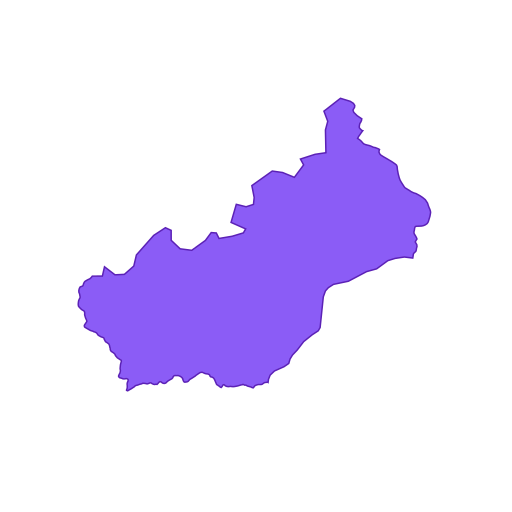 the district of Vayk, Vayots Dzor, Armenia, rotated 30°
{"feature_id": "60910142B90303504942673", "entity_name": "Vayk", "entity_type": "district", "adm_level": 2, "iso_a3": "ARM", "parent_name": "Armenia", "parent_adm1": "Vayots Dzor", "projection": "mercator", "projection_center": [45.554, 39.753], "detail": "fine", "context": "isolated", "style": "filled", "palette": "violet", "viewbox_px": 512, "rotation_deg": 30, "n_neighbors": 0, "source": "geoboundaries", "source_scale": "gbopen_adm2", "svg_char_len": 5375}
<svg xmlns="http://www.w3.org/2000/svg" viewBox="0 0 512 512"><g transform="rotate(30 256 256)"><path d="M250.3,77.2L249.1,80.1L243.4,94.2L242.4,96.6L250.8,103.5L253.1,112.1L264.9,131.6L256.3,138.4L246.0,149.8L251.7,153.3L249.9,168.7L237.3,170.4L227.6,174.3L217.2,197.1L225.2,206.3L228.0,212.6L222.8,218.3L213.1,221.1L217.6,239.4L233.5,237.7L233.5,242.3L225.5,250.8L215.2,259.3L210.1,255.9L205.5,258.1L204.4,267.8L197.5,283.2L186.7,287.7L174.7,284.8L169.7,276.2L163.4,276.8L157.1,289.3L151.9,314.9L155.2,325.8L151.2,337.7L143.3,342.8L130.2,341.1L133.0,350.2L124.3,355.3L124.1,356.9L123.5,358.8L122.4,360.3L122.0,360.9L120.6,363.4L120.4,364.6L120.5,366.1L120.9,367.7L120.9,367.8L120.9,368.7L120.6,369.0L120.1,369.6L119.2,370.7L119.2,372.3L119.7,374.2L120.7,375.9L121.1,376.2L122.1,377.0L122.8,377.8L124.0,379.2L124.3,379.6L124.5,380.4L124.5,381.1L124.6,382.5L124.8,383.6L125.4,385.1L126.1,386.6L127.2,388.1L128.7,388.8L129.9,389.1L131.7,389.6L133.2,389.6L134.5,389.6L135.3,390.0L136.2,391.1L137.0,392.6L138.0,393.6L139.4,394.9L141.5,396.4L142.2,397.2L142.2,398.1L142.1,399.4L142.0,400.8L142.0,401.9L142.5,402.7L143.1,403.2L145.0,403.3L146.7,403.3L148.2,403.3L149.7,403.3L150.8,403.1L152.3,402.7L153.5,402.7L154.5,402.4L155.8,402.3L156.9,402.5L158.2,403.2L159.1,403.5L161.0,403.5L162.1,403.5L163.6,403.2L164.8,403.0L165.6,403.3L166.4,404.2L167.1,404.5L167.7,405.0L168.8,405.5L170.2,405.5L171.0,405.6L172.6,405.8L173.4,406.4L174.2,407.1L174.9,408.0L175.7,408.6L176.3,409.5L176.5,409.8L177.4,410.6L178.5,411.0L180.9,411.1L181.9,411.3L183.2,411.7L184.0,412.5L185.7,413.1L186.8,413.5L188.5,413.6L190.1,413.7L191.3,413.7L191.6,413.9L191.9,414.2L192.2,415.1L192.3,415.4L192.6,416.6L192.9,417.7L193.5,419.1L194.1,420.4L194.8,421.8L195.3,422.3L195.8,422.9L196.2,423.8L196.7,425.4L196.7,426.7L196.8,427.6L196.9,428.4L197.2,429.0L197.9,429.4L198.7,429.6L200.3,429.2L201.2,429.0L201.3,429.0L202.2,428.9L203.0,428.5L204.0,427.9L204.8,427.1L205.8,426.8L206.6,426.8L207.2,427.1L207.7,428.3L207.8,429.6L208.1,430.7L208.5,431.5L209.1,432.3L210.0,433.8L210.6,435.1L210.8,436.5L211.1,437.1L212.1,436.9L212.3,436.9L212.8,436.0L213.4,434.9L214.4,433.3L215.2,431.6L215.6,430.9L215.8,430.6L216.1,429.6L216.4,428.7L216.9,428.0L218.0,427.0L218.5,426.4L219.3,425.4L220.0,424.7L220.9,423.9L221.5,422.9L222.6,422.3L223.7,421.8L225.1,421.4L225.8,421.1L226.4,420.5L227.1,419.6L227.8,418.7L228.8,418.4L229.8,418.5L230.7,418.4L231.2,418.4L232.6,417.9L233.4,417.1L234.5,416.7L234.9,415.2L234.9,414.8L235.1,413.9L235.6,412.9L236.8,412.5L237.9,412.7L239.1,412.7L239.9,412.4L240.5,412.1L241.4,411.1L241.8,409.6L242.1,408.7L242.2,408.4L243.2,406.5L244.5,404.4L244.8,402.9L244.6,401.8L245.0,400.6L245.5,400.1L246.8,399.4L248.5,398.4L250.3,398.1L252.1,398.2L253.6,398.7L254.4,399.5L255.6,400.5L256.6,401.0L257.4,400.9L258.3,400.2L259.2,399.5L259.9,398.5L260.2,397.0L260.4,395.9L260.8,395.3L261.7,393.7L262.4,392.3L263.3,390.6L263.8,389.1L264.6,387.5L265.2,386.2L265.9,384.9L266.9,384.0L267.9,383.5L269.7,383.4L270.9,383.2L272.1,382.8L273.1,382.3L274.6,382.1L275.4,382.3L276.2,383.0L277.2,383.3L278.4,382.9L279.6,382.8L280.5,383.0L281.8,383.7L282.9,384.5L283.9,385.3L284.9,386.0L285.6,386.6L286.4,387.0L287.0,387.0L287.5,387.0L288.1,387.1L288.9,387.1L289.9,387.3L290.8,387.4L291.6,387.3L291.9,386.1L291.9,384.9L292.0,384.0L292.5,383.5L293.4,383.5L294.4,383.8L295.7,383.6L296.9,383.2L297.8,382.7L299.0,381.7L300.5,381.1L301.7,380.5L302.9,379.6L305.0,377.8L306.9,375.8L307.6,375.0L308.3,374.6L308.9,373.7L309.4,373.6L310.5,373.6L311.3,373.2L311.8,372.9L313.6,372.9L315.5,372.4L317.0,372.0L318.5,371.9L319.5,371.6L319.7,370.8L319.8,369.7L320.0,368.7L321.0,367.4L322.2,366.2L323.6,365.4L325.0,364.5L325.5,363.9L325.7,363.4L326.1,362.5L326.6,361.5L327.1,361.0L327.9,360.5L328.7,359.7L329.4,359.5L329.7,359.5L328.5,356.6L327.8,352.1L329.5,346.3L335.6,337.9L338.1,332.7L337.0,328.2L337.1,323.5L338.7,316.9L340.1,306.3L344.1,296.0L347.3,289.7L347.3,285.9L334.7,257.7L333.6,251.5L334.5,247.2L337.3,241.8L348.6,231.7L359.6,214.2L366.9,206.8L372.5,194.1L377.7,188.5L385.0,182.7L392.8,179.4L392.2,177.8L391.3,175.6L391.4,174.2L391.8,173.1L392.1,172.0L391.8,170.7L391.1,169.0L390.7,167.3L389.6,165.8L388.4,165.1L386.9,164.2L386.8,162.7L386.9,160.8L386.1,160.1L384.9,159.3L383.7,158.6L381.8,157.6L380.7,156.2L380.5,155.2L380.0,153.8L379.5,152.7L379.2,151.5L379.5,150.5L380.4,149.8L382.5,148.5L384.5,147.2L385.9,145.9L387.1,144.3L388.0,142.3L388.1,140.4L387.8,139.0L387.5,137.7L386.8,134.7L386.2,133.0L385.5,131.1L384.7,130.0L383.3,128.7L381.5,127.4L380.3,126.4L378.1,124.4L374.5,122.6L371.0,122.0L367.7,121.8L363.5,121.9L360.8,122.5L358.0,122.7L355.9,122.5L353.9,122.5L352.4,122.4L351.4,122.5L350.0,122.1L348.1,121.1L346.7,120.4L344.8,119.4L342.8,118.2L341.0,116.7L338.1,113.8L335.2,110.4L333.5,108.0L332.2,107.0L330.5,106.7L327.0,106.4L321.5,106.3L316.5,106.3L313.8,106.2L312.3,105.8L310.6,104.6L310.0,103.4L309.7,102.0L308.4,102.0L307.0,102.2L305.0,102.5L304.0,102.9L303.3,103.1L302.6,103.2L301.3,103.3L299.2,103.6L297.2,104.2L295.0,104.8L293.1,105.0L292.0,104.7L289.6,103.9L287.4,103.5L285.2,103.4L285.1,101.3L285.3,99.3L285.5,96.7L285.8,94.1L285.2,94.3L283.9,94.1L282.7,93.8L281.4,93.3L280.8,92.5L280.1,90.7L279.7,89.4L279.8,87.9L279.7,86.8L279.5,85.4L279.0,84.5L279.0,84.3L273.4,83.9L268.8,82.7L267.0,81.1L267.0,77.9L266.3,76.3L264.1,75.1L260.3,74.9L250.3,77.2Z" fill="#8b5cf6" stroke="#5b21b6" stroke-width="1.5"/></g></svg>